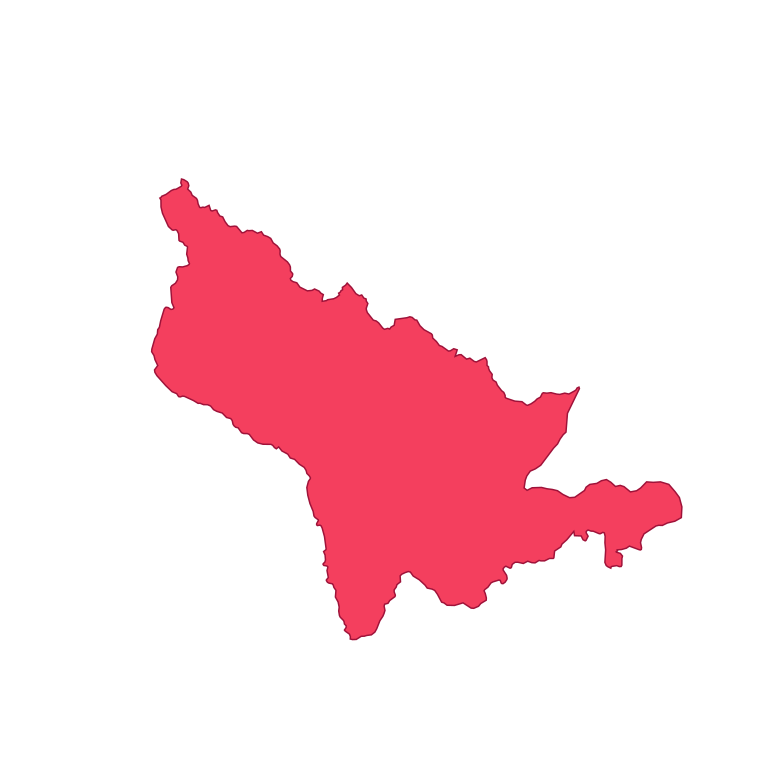 the district of Alejandría, Antioquia, Colombia, rotated 237°
{"feature_id": "7082276B80889552821395", "entity_name": "Alejandría", "entity_type": "district", "adm_level": 2, "iso_a3": "COL", "parent_name": "Colombia", "parent_adm1": "Antioquia", "projection": "albers", "projection_center": [-75.091, 6.356], "detail": "fine", "context": "isolated", "style": "filled", "palette": "rose", "viewbox_px": 768, "rotation_deg": 237, "n_neighbors": 0, "source": "geoboundaries", "source_scale": "gbopen_adm2", "svg_char_len": 6171}
<svg xmlns="http://www.w3.org/2000/svg" viewBox="0 0 768 768"><g transform="rotate(237 384 384)"><path d="M662.0,297.3L659.7,297.1L653.9,293.4L647.8,291.2L633.5,289.0L628.7,290.2L627.8,290.9L626.8,293.4L625.6,294.0L621.9,293.6L616.1,290.3L615.1,290.5L612.3,292.6L609.0,292.5L606.8,293.8L606.0,293.9L600.3,289.2L596.6,288.2L594.1,286.9L590.9,286.4L590.4,285.6L590.4,283.4L591.9,278.8L593.9,276.1L594.2,274.4L591.2,270.5L586.2,269.4L583.8,267.6L582.1,264.0L582.0,259.5L581.2,257.8L567.8,250.4L562.3,249.4L561.8,247.6L562.6,245.9L565.6,244.6L566.8,243.4L567.2,242.5L566.5,240.4L558.7,231.2L553.9,226.5L552.8,223.8L549.3,221.1L546.8,216.4L539.7,208.3L537.6,206.7L533.1,206.6L529.2,205.2L522.7,204.3L520.8,199.2L518.5,198.2L514.6,198.1L501.5,200.1L492.9,202.1L488.8,204.9L485.3,204.9L484.2,206.0L483.5,208.6L482.2,210.0L473.9,215.2L469.1,217.5L468.0,219.3L465.0,221.4L462.7,224.8L460.0,226.6L455.3,227.1L452.1,228.9L447.8,232.5L441.7,233.7L438.5,236.6L436.0,236.8L432.6,235.5L430.8,235.4L428.6,236.0L426.7,237.8L420.8,238.0L418.9,239.3L416.9,242.3L415.1,243.6L408.1,244.1L403.4,246.0L399.4,249.7L394.9,256.4L393.1,257.3L390.4,257.5L388.3,258.4L388.6,261.4L383.4,261.9L377.6,265.1L373.0,265.1L369.5,268.0L362.9,269.3L357.5,271.7L354.0,271.6L350.9,270.6L347.8,271.3L345.4,271.2L344.8,270.7L343.5,267.6L339.2,262.9L332.2,259.5L324.1,256.8L315.7,255.2L311.5,253.4L309.6,253.5L305.9,254.9L305.2,254.5L303.6,251.5L302.6,250.8L301.6,251.0L300.5,253.4L299.3,254.0L296.9,253.7L288.5,251.0L277.1,245.6L276.6,244.8L276.4,242.1L272.6,241.4L268.3,239.1L266.9,237.5L266.4,235.1L265.8,234.6L264.6,234.7L262.5,237.0L261.1,237.3L258.6,234.6L252.0,231.9L251.1,229.0L250.5,228.6L248.5,228.6L247.1,229.3L244.5,231.9L242.9,231.9L240.7,231.2L237.1,231.3L231.8,227.2L226.2,226.8L221.3,224.9L218.3,222.4L214.0,220.5L212.1,220.3L207.9,221.2L206.5,221.1L204.3,220.1L201.8,220.6L200.4,219.6L199.2,216.8L197.8,216.9L193.0,218.8L190.4,218.2L188.5,216.8L186.8,218.4L184.9,221.6L184.8,227.5L183.2,230.2L182.5,232.6L180.5,236.8L180.9,241.2L182.7,244.6L187.7,251.6L189.8,256.5L191.5,259.0L193.6,261.5L197.6,263.1L199.0,264.6L197.9,267.9L199.3,270.9L199.7,277.4L200.7,278.5L204.1,279.3L205.8,280.4L207.0,283.6L208.7,285.6L209.1,290.1L214.3,293.0L214.8,295.3L214.3,299.1L213.5,302.2L211.9,303.7L207.0,303.9L200.5,307.0L192.9,308.9L189.3,309.1L185.8,312.6L183.3,314.1L178.5,314.3L169.7,313.5L167.7,315.1L164.1,316.4L159.9,322.5L157.4,331.1L148.6,335.0L147.0,337.1L146.1,342.2L147.2,345.6L147.0,352.0L148.8,353.3L153.1,354.8L156.1,355.3L156.7,356.6L157.0,360.5L158.9,365.4L158.7,367.6L157.0,373.6L156.0,374.5L153.3,373.9L152.4,374.2L151.7,375.1L151.8,377.6L153.1,380.6L154.1,381.5L156.8,382.6L163.0,382.6L164.2,383.3L164.9,385.3L164.8,387.0L161.0,389.3L160.6,390.1L160.9,391.1L162.9,393.3L163.1,396.8L161.6,399.2L157.6,403.1L157.1,408.0L153.6,410.7L151.7,413.3L151.6,417.9L150.2,419.3L148.2,422.4L147.6,427.7L145.5,430.9L145.7,431.8L151.0,436.1L151.1,443.6L152.8,446.0L153.8,452.4L157.0,462.9L153.0,461.2L149.2,466.6L145.0,466.1L142.9,467.3L142.8,468.2L145.2,472.3L149.1,472.5L150.2,473.3L150.5,474.9L150.3,475.7L147.9,477.5L146.6,479.3L141.2,483.0L140.6,483.9L140.4,486.7L139.2,487.7L135.8,486.5L130.5,482.8L124.1,479.5L114.1,472.1L110.8,471.5L109.0,472.1L106.0,473.9L107.0,475.0L106.9,475.8L104.9,480.3L102.7,481.9L101.8,483.5L102.5,484.8L108.1,488.5L109.8,490.3L113.2,490.0L116.4,487.3L117.0,487.5L117.0,489.0L117.9,489.3L115.8,493.1L114.3,497.9L114.4,501.5L106.1,507.7L105.2,508.6L105.1,509.7L106.5,510.9L111.2,512.7L113.6,515.2L116.7,520.4L116.8,534.8L115.9,537.4L113.8,540.4L113.1,546.0L110.5,553.2L110.0,560.6L118.7,566.9L127.9,569.9L134.9,569.5L144.7,568.2L151.3,562.6L154.9,556.2L158.9,550.9L157.0,542.6L156.9,537.7L159.3,531.9L167.2,529.4L170.3,526.9L172.0,522.3L178.1,520.7L182.7,518.5L184.5,513.6L184.7,508.4L187.7,501.9L187.4,497.3L185.5,494.2L185.1,482.3L187.6,477.7L193.9,473.9L200.0,471.4L203.9,467.7L207.3,463.7L211.5,459.7L216.3,451.7L216.9,446.1L220.5,444.9L226.4,450.1L229.1,453.7L231.3,459.2L230.4,464.7L230.5,471.2L237.9,491.4L239.2,496.9L242.0,501.8L243.9,506.7L244.5,510.4L259.5,521.9L273.7,545.4L275.2,545.8L275.5,543.8L274.5,541.9L274.4,540.1L274.9,533.6L277.9,530.6L279.5,525.8L281.4,523.4L285.8,519.3L287.6,515.6L289.9,512.8L289.9,511.6L287.8,508.0L288.1,504.3L287.4,501.0L287.3,496.6L287.9,492.8L288.9,491.9L294.0,490.1L298.4,484.4L305.6,478.7L306.9,478.4L308.5,479.4L311.7,479.9L314.3,479.0L321.3,478.4L324.6,479.1L327.8,477.6L329.3,477.7L330.6,478.0L333.2,480.0L337.5,479.7L340.1,480.2L341.5,481.0L343.4,480.5L346.7,482.6L348.4,483.2L351.0,483.2L352.2,473.4L353.9,471.9L358.9,470.1L359.9,466.8L366.6,464.7L367.7,462.8L368.4,458.7L372.8,464.0L375.6,461.7L375.7,457.7L376.5,456.0L383.9,453.1L386.1,451.4L391.0,451.1L396.0,449.9L398.8,451.2L400.3,451.1L407.8,447.1L413.3,445.9L419.7,446.3L420.9,444.9L424.5,443.9L426.3,442.3L427.1,439.3L432.1,428.6L427.7,424.5L427.9,420.9L427.0,418.7L428.6,417.5L429.6,414.2L431.6,413.4L438.2,412.8L441.1,411.8L443.4,409.8L452.9,408.9L455.8,409.6L457.2,410.4L460.3,414.3L463.2,414.3L465.1,415.3L467.0,413.9L470.8,413.8L471.5,411.3L475.1,409.6L482.6,409.3L488.7,408.1L487.8,405.6L487.7,401.7L485.6,400.6L485.7,398.8L484.9,397.5L484.9,395.4L482.9,395.1L482.5,391.2L482.9,388.2L485.4,382.6L485.3,381.1L487.0,377.2L489.5,379.0L492.0,381.8L494.6,380.5L497.2,380.2L501.5,377.5L501.7,374.7L503.8,370.5L511.1,366.2L516.4,366.0L519.3,363.5L521.8,362.4L523.5,362.9L524.2,365.6L525.6,367.1L526.4,367.5L529.7,367.1L533.1,369.2L535.4,369.7L539.0,369.5L547.2,366.8L549.6,367.5L552.2,369.4L554.0,370.0L558.1,369.6L562.6,367.9L567.8,368.3L571.0,366.7L574.4,364.1L578.5,364.1L579.4,360.0L584.5,357.2L586.2,354.1L587.3,353.0L587.3,349.2L588.2,347.2L596.4,346.2L597.7,344.8L599.8,340.6L601.8,339.4L606.8,339.1L612.0,339.7L614.4,337.8L618.4,337.8L620.7,338.4L621.8,337.5L622.7,334.1L623.9,333.2L629.1,334.6L629.7,329.8L631.0,328.4L631.6,326.5L632.5,325.6L636.3,326.2L639.7,327.6L641.8,327.8L646.7,325.9L650.2,326.5L654.4,325.5L656.6,328.3L659.1,329.2L660.8,329.1L664.4,327.4L666.2,325.8L663.3,323.1L660.8,322.7L660.2,321.7L660.6,315.6L661.6,313.8L662.1,311.0L661.7,304.5L662.5,299.7L661.8,298.4L662.0,297.3Z" fill="#f43f5e" stroke="#9f1239" stroke-width="1.5"/></g></svg>